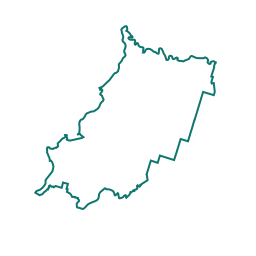 Tea Tree Gully, South Australia, Australia, rotated 201°
{"feature_id": "25037944B97586454911655", "entity_name": "Tea Tree Gully", "entity_type": "district", "adm_level": 2, "iso_a3": "AUS", "parent_name": "Australia", "parent_adm1": "South Australia", "projection": "natural_earth1", "projection_center": [138.716, -34.802], "detail": "fine", "context": "isolated", "style": "outline", "palette": "teal", "viewbox_px": 256, "rotation_deg": 201, "n_neighbors": 0, "source": "geoboundaries", "source_scale": "gbopen_adm2", "svg_char_len": 5780}
<svg xmlns="http://www.w3.org/2000/svg" viewBox="0 0 256 256"><g transform="rotate(201 128 128)"><path d="M196.3,79.5L196.2,79.4L195.3,77.8L194.7,75.9L193.8,75.3L192.1,73.2L191.2,72.6L189.7,70.5L189.2,69.3L188.2,69.9L187.0,69.2L186.2,68.5L184.7,66.7L183.7,65.1L183.0,60.5L186.3,49.8L185.6,48.3L185.1,45.9L185.7,43.5L186.7,40.9L188.3,38.5L190.7,36.5L191.1,35.5L191.3,34.4L191.2,34.4L186.4,33.6L185.6,34.5L184.6,35.1L184.1,35.9L183.1,38.6L182.7,38.8L182.2,39.6L182.1,40.2L181.8,40.7L181.3,42.0L180.7,41.9L180.4,44.2L180.8,44.2L181.0,45.5L180.2,46.5L178.2,45.8L177.6,46.1L177.0,46.5L176.3,46.0L176.1,46.0L174.8,47.9L168.5,48.4L169.1,53.8L164.1,54.3L163.6,49.1L162.4,49.2L162.2,46.5L160.6,46.4L160.0,46.1L159.4,46.2L158.2,45.8L157.3,45.3L155.4,43.6L155.0,43.7L154.5,44.1L152.8,44.6L152.5,44.6L152.5,44.2L152.4,44.1L149.7,44.7L149.4,43.8L148.5,43.6L147.7,42.7L147.6,42.1L148.6,39.7L148.7,38.9L148.4,38.1L148.0,37.3L147.6,36.4L147.2,35.8L146.6,35.6L145.0,36.0L141.8,36.1L140.9,36.4L140.3,37.2L139.3,39.1L138.7,40.8L137.9,42.5L137.3,43.3L135.9,44.8L132.7,47.7L131.3,49.3L130.7,50.4L130.4,51.6L130.5,52.8L131.2,55.4L131.2,56.7L130.9,58.0L130.4,59.1L128.9,61.7L128.2,63.2L128.1,63.3L127.3,63.5L126.9,63.4L126.8,63.2L126.0,63.1L125.6,63.2L124.6,63.7L123.0,64.0L122.5,64.0L120.2,63.9L119.6,63.8L118.7,63.3L117.7,62.4L116.4,60.6L116.0,60.4L115.5,60.8L115.1,61.7L114.7,62.7L114.2,63.5L113.5,63.1L112.9,61.9L111.5,59.8L111.1,59.3L110.9,59.3L109.1,60.4L108.1,61.4L107.7,62.0L107.5,62.9L107.3,63.4L106.9,63.8L106.3,64.4L106.0,64.4L105.9,64.3L105.5,63.3L105.1,62.7L104.6,62.3L102.7,66.3L102.7,69.0L102.0,69.0L101.7,69.6L100.9,70.8L100.7,71.5L100.2,71.2L99.9,71.2L99.5,71.4L99.6,71.8L99.5,72.8L98.2,73.8L97.8,74.4L97.7,74.9L97.8,75.2L98.8,77.1L98.8,77.3L98.5,77.9L97.4,77.4L96.1,77.4L95.6,79.1L96.1,79.3L91.0,86.3L93.8,91.3L94.0,91.3L95.0,105.8L87.8,106.1L88.3,113.7L73.5,114.6L73.9,121.9L74.9,136.6L67.2,137.1L67.6,142.0L67.6,143.7L67.7,143.8L67.8,144.6L68.2,151.2L68.9,159.2L68.7,159.2L70.8,188.6L59.7,189.4L59.9,192.5L60.1,193.2L64.1,200.7L65.8,199.6L66.5,200.6L66.7,201.2L67.0,206.1L68.7,205.9L69.3,215.6L69.8,216.4L70.0,218.8L69.9,218.8L69.5,219.8L69.6,220.7L70.1,220.6L70.7,220.8L71.6,221.0L72.1,221.0L72.4,220.9L72.8,220.5L73.3,220.3L74.4,219.3L74.5,219.1L74.4,218.6L74.1,218.2L74.0,217.8L74.0,217.7L74.2,217.4L74.7,217.0L75.1,217.0L75.8,217.0L76.5,217.3L77.2,217.9L77.4,218.2L77.4,219.3L77.4,219.9L77.5,220.1L79.1,221.2L79.8,221.5L81.4,221.5L81.7,221.2L82.1,220.4L82.3,220.3L83.7,219.8L85.6,219.0L86.7,218.7L87.1,218.5L88.7,218.0L90.9,217.9L93.2,218.1L94.3,218.1L94.9,217.7L95.3,216.8L95.9,214.3L96.0,214.1L97.8,212.6L99.2,211.2L100.1,210.1L102.3,209.6L102.8,209.6L104.1,209.0L105.3,209.0L106.4,209.4L106.5,209.6L106.5,209.9L106.4,210.5L106.5,210.9L106.9,211.1L107.6,211.3L108.1,211.0L108.7,210.3L109.3,209.3L110.1,208.7L110.9,208.6L111.5,209.1L111.9,209.6L112.3,210.4L112.6,210.6L113.5,210.7L114.4,210.6L114.8,210.4L114.9,210.2L115.2,209.5L115.1,208.6L114.8,207.6L114.8,206.8L114.9,206.2L115.1,206.0L115.5,205.7L116.4,205.4L116.7,205.5L116.9,205.8L117.3,206.5L117.8,206.9L118.0,207.3L118.8,208.2L119.1,208.5L119.7,209.1L121.1,210.1L121.7,210.7L122.1,211.1L122.3,211.5L124.6,213.7L125.0,213.9L126.2,214.1L126.6,213.9L126.8,213.7L127.2,213.4L127.3,213.2L127.2,212.3L127.0,211.8L126.1,208.9L126.2,208.3L126.7,208.1L127.8,208.1L128.4,208.3L128.7,208.5L129.1,208.6L131.4,208.5L132.2,208.7L133.0,209.1L135.5,209.6L135.9,209.6L137.0,209.3L138.0,208.9L138.4,208.5L139.0,208.2L139.2,207.8L139.5,207.2L139.6,205.3L139.8,204.6L140.0,204.2L140.9,203.9L140.8,204.4L141.1,204.5L141.5,205.4L141.9,206.6L142.1,207.9L142.4,208.4L143.2,208.6L145.1,208.1L146.5,208.2L147.7,208.8L148.4,209.9L149.3,210.6L149.6,210.7L150.0,210.6L150.2,210.4L150.4,209.3L150.7,208.7L150.9,208.4L151.2,208.4L151.8,208.8L152.0,209.3L152.4,210.9L152.4,211.6L152.6,211.9L152.9,212.4L153.5,212.6L153.9,212.6L154.7,212.3L155.8,211.8L156.8,211.5L157.9,211.2L158.8,211.4L159.5,211.7L159.8,212.0L159.8,212.7L159.6,213.1L159.3,213.3L158.2,213.7L157.0,213.8L156.6,213.9L156.4,214.0L156.3,214.3L156.3,214.5L156.8,215.0L158.3,215.5L158.9,215.8L160.1,216.8L161.3,217.4L163.0,218.0L164.4,218.1L164.4,218.4L164.0,219.1L164.0,219.6L164.3,220.4L165.5,222.3L166.1,222.4L167.2,221.9L169.2,218.8L169.5,217.4L168.2,215.6L167.6,214.4L166.8,213.7L165.1,211.5L164.7,209.6L164.9,208.6L164.5,207.8L163.7,206.9L162.0,206.3L160.4,205.1L159.5,203.5L159.2,201.2L159.3,200.2L159.1,198.2L158.8,197.6L157.9,196.9L157.5,196.5L156.3,195.0L156.5,193.7L157.7,191.5L158.0,188.2L159.4,184.2L158.0,181.0L157.7,177.4L158.6,175.4L160.0,174.4L160.5,173.2L162.6,165.7L163.6,163.9L166.4,157.8L169.0,155.1L168.3,154.7L167.9,154.0L167.7,153.7L167.0,154.0L166.8,154.3L166.7,154.8L166.2,154.6L165.6,154.1L165.4,153.7L165.3,153.1L166.1,150.1L166.0,149.5L165.7,149.3L165.4,149.1L164.2,149.0L163.6,148.6L162.6,147.3L161.0,145.9L161.0,144.9L161.1,144.1L161.8,143.0L161.9,142.5L162.4,141.3L162.5,137.5L163.0,135.4L165.8,131.4L166.2,131.1L167.9,130.4L171.6,127.0L172.4,125.3L172.3,123.8L173.3,120.1L173.7,119.7L174.7,119.1L175.4,117.6L175.2,116.9L175.3,116.6L175.5,116.1L175.4,115.6L175.2,115.2L174.6,113.4L173.8,112.1L172.8,109.7L171.9,106.8L171.9,106.1L171.9,105.5L172.3,104.6L172.6,104.3L172.5,104.1L170.7,105.2L169.6,104.5L166.4,103.5L166.8,103.1L167.4,102.2L177.4,95.6L177.8,95.5L179.0,95.2L179.7,95.2L180.4,95.1L181.0,95.2L181.0,96.0L181.1,96.6L181.5,97.2L182.5,97.9L182.5,98.1L182.4,99.0L182.5,99.3L183.0,99.4L183.7,99.2L184.3,98.9L183.3,97.6L183.4,97.0L183.9,96.1L184.9,95.2L186.1,93.3L186.3,92.2L188.1,88.5L187.6,87.3L186.7,85.8L187.1,85.1L187.6,84.6L187.7,84.0L187.8,83.8L188.6,83.7L189.2,82.9L190.1,82.3L190.4,81.7L190.7,81.5L192.8,81.0L193.5,81.1L193.8,81.0L194.1,81.1L194.7,81.7L195.6,81.4L196.3,81.1L196.3,79.5Z" fill="none" stroke="#0f766e" stroke-width="2"/></g></svg>